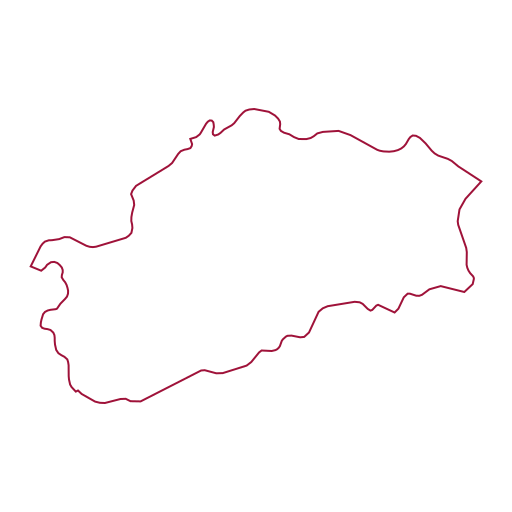 an SVG outline of Haute-Saône
{"feature_id": "FRA-5301", "entity_name": "Haute-Saône", "entity_type": "Metropolitan department", "adm_level": 1, "iso_a3": "FRA", "parent_name": "France", "parent_adm1": "", "projection": "natural_earth1", "projection_center": [5.999, 47.635], "detail": "fine", "context": "isolated", "style": "outline", "palette": "rose", "viewbox_px": 512, "rotation_deg": 0, "n_neighbors": 0, "source": "natural_earth", "source_scale": "10m", "svg_char_len": 2674}
<svg xmlns="http://www.w3.org/2000/svg" viewBox="0 0 512 512"><path d="M104.9,403.0L99.9,402.8L95.1,401.6L81.7,394.0L78.0,390.5L75.8,391.6L71.6,387.1L70.1,384.5L69.0,379.5L68.7,376.2L68.6,365.2L68.1,362.0L67.3,359.4L64.4,356.8L61.4,355.2L58.4,353.2L56.2,349.9L55.0,344.5L54.7,340.9L54.7,337.8L54.4,335.1L53.3,332.6L50.5,330.0L47.5,329.1L44.5,328.7L42.1,327.8L40.6,325.7L40.9,322.3L41.5,319.5L43.1,314.2L45.0,311.9L47.7,310.5L50.5,309.8L55.5,309.2L56.6,308.9L57.1,308.5L60.4,303.7L65.0,299.0L67.0,296.6L68.0,293.7L68.1,290.7L67.5,287.9L66.6,285.0L65.2,282.3L63.3,280.0L61.7,277.3L61.9,275.0L62.7,272.4L62.7,270.0L61.8,267.5L59.8,265.1L57.4,263.0L54.3,261.9L51.0,262.2L47.1,264.8L45.2,267.5L41.2,270.7L30.7,266.4L40.6,246.4L42.6,243.7L44.9,241.6L48.8,240.3L51.9,240.2L59.2,239.1L64.4,237.1L69.8,237.3L86.4,245.8L89.7,246.8L92.9,247.1L96.1,246.7L125.8,237.8L128.7,235.8L131.4,232.9L132.4,228.0L132.1,224.5L131.3,221.0L131.4,217.1L132.2,212.5L134.2,205.0L133.7,200.6L131.1,194.1L132.5,190.5L136.1,185.8L168.5,166.0L172.1,163.0L178.2,153.9L180.7,151.2L184.4,149.7L187.5,149.1L190.4,148.1L191.7,146.0L192.1,144.1L190.3,138.9L196.2,137.1L199.7,134.4L200.8,132.8L206.1,123.7L207.8,121.7L209.8,120.4L211.8,120.6L213.3,122.2L213.7,124.5L213.9,127.0L212.7,132.1L213.0,134.3L214.7,135.6L218.2,134.5L220.5,132.9L224.1,129.5L231.7,125.3L234.2,123.2L239.8,116.0L243.3,112.4L245.5,110.7L249.3,109.5L254.2,109.0L268.8,111.8L275.0,115.5L278.1,118.6L279.9,121.5L280.2,124.1L279.6,128.8L280.9,130.9L284.0,132.7L289.4,134.3L294.0,137.1L298.7,139.0L306.3,139.1L310.7,138.0L313.8,136.2L317.3,133.4L322.9,131.9L338.6,130.9L350.5,135.1L377.2,149.8L379.7,150.7L383.3,151.4L389.3,151.7L393.9,151.2L397.9,150.1L401.2,148.5L403.9,146.4L405.9,144.0L408.8,139.0L410.4,137.0L412.7,135.5L416.0,135.8L419.9,137.9L425.6,143.4L431.7,150.7L434.6,153.4L438.2,155.6L447.9,158.9L451.8,161.0L458.3,166.4L481.3,181.4L465.5,198.8L459.5,209.4L457.7,221.2L458.2,224.8L466.2,247.9L466.8,252.1L466.6,264.8L467.3,267.8L468.5,270.6L470.2,273.2L473.0,276.2L473.7,277.5L473.9,278.8L472.7,284.1L464.3,292.0L440.7,286.1L429.4,289.3L422.0,294.8L419.3,295.8L416.2,295.7L410.0,293.7L407.6,293.7L403.8,297.3L398.4,308.7L394.6,312.5L378.1,304.8L376.3,305.6L372.3,309.9L370.5,310.6L367.7,308.9L362.7,303.9L359.7,302.3L354.7,301.8L327.7,306.2L322.8,308.3L318.6,311.8L309.0,332.5L304.2,336.9L300.2,337.3L291.5,335.6L287.4,335.8L285.9,336.6L282.9,339.3L281.8,340.8L279.9,346.1L278.8,347.7L277.2,349.2L275.5,350.1L271.7,351.0L261.6,350.5L259.1,352.4L251.3,362.0L246.6,365.6L222.8,373.1L216.3,373.3L204.7,370.2L201.1,370.5L140.6,401.4L130.5,401.2L125.7,398.8L120.5,399.0L104.9,403.0Z" fill="none" stroke="#9f1239" stroke-width="2"/></svg>